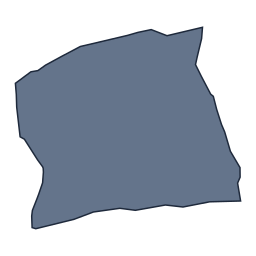 the district of Manlai, Ömnögovi, Mongolia
{"feature_id": "93677404B4911354311054", "entity_name": "Manlai", "entity_type": "district", "adm_level": 2, "iso_a3": "MNG", "parent_name": "Mongolia", "parent_adm1": "Ömnögovi", "projection": "equal_earth", "projection_center": [107.044, 43.953], "detail": "fine", "context": "isolated", "style": "filled", "palette": "slate", "viewbox_px": 256, "rotation_deg": 0, "n_neighbors": 0, "source": "geoboundaries", "source_scale": "gbopen_adm2", "svg_char_len": 721}
<svg xmlns="http://www.w3.org/2000/svg" viewBox="0 0 256 256"><path d="M35.8,228.7L74.0,219.3L93.4,212.0L119.8,208.3L135.4,210.3L165.4,205.0L183.0,207.0L209.7,201.8L240.2,201.0L240.6,201.0L237.6,183.1L240.1,177.2L240.0,167.6L230.4,151.3L224.7,132.0L221.5,124.5L216.7,109.5L213.3,96.3L210.7,94.2L201.3,76.3L195.5,64.6L197.2,56.9L201.6,38.6L202.5,27.3L167.0,35.7L151.2,29.6L137.9,32.4L127.5,35.4L80.3,46.5L62.7,55.8L54.8,60.1L45.6,65.1L37.9,70.6L30.9,71.8L15.4,83.3L16.3,94.5L16.7,107.1L20.1,136.8L24.4,139.2L37.6,159.9L42.7,166.9L43.2,168.4L43.4,172.1L42.6,182.8L38.7,194.2L37.0,198.7L32.4,210.4L31.7,216.1L32.1,227.6L33.2,227.9L33.5,228.0L35.1,228.5L35.8,228.7Z" fill="#64748b" stroke="#1e293b" stroke-width="1.5"/></svg>